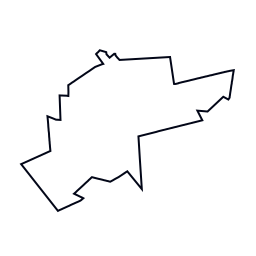 the district of Atil, Sonora, Mexico, rotated 87°
{"feature_id": "50627088B76785012932059", "entity_name": "Atil", "entity_type": "district", "adm_level": 2, "iso_a3": "MEX", "parent_name": "Mexico", "parent_adm1": "Sonora", "projection": "robinson", "projection_center": [-111.551, 30.829], "detail": "fine", "context": "isolated", "style": "outline", "palette": "ink", "viewbox_px": 256, "rotation_deg": 87, "n_neighbors": 0, "source": "geoboundaries", "source_scale": "gbopen_adm2", "svg_char_len": 2895}
<svg xmlns="http://www.w3.org/2000/svg" viewBox="0 0 256 256"><g transform="rotate(87 128 128)"><path d="M158.5,236.6L207.1,202.3L207.0,202.1L206.9,201.8L206.5,201.0L206.0,199.6L205.6,198.5L205.0,197.1L204.4,195.5L204.0,194.5L203.6,193.5L203.1,192.2L202.6,190.8L201.8,189.1L201.6,188.5L201.3,187.8L201.0,187.0L200.7,186.1L200.3,185.2L200.0,184.3L199.6,183.4L199.3,182.4L198.4,180.2L198.3,179.9L197.6,178.6L197.1,178.0L196.5,177.2L195.8,176.3L195.1,177.4L193.9,179.7L192.6,182.0L191.8,183.5L190.8,185.3L190.1,184.4L189.3,183.4L188.2,182.2L186.8,180.5L185.5,178.9L184.5,177.7L182.6,175.4L181.3,173.9L179.9,172.2L178.9,170.9L178.0,170.0L177.2,169.0L176.5,168.1L175.8,167.4L175.2,166.6L175.7,165.0L176.4,162.8L177.2,160.2L177.8,158.0L178.1,157.0L178.4,156.0L178.9,154.6L179.2,153.4L179.4,152.8L179.7,151.9L180.0,150.7L180.4,149.6L180.7,148.6L180.3,147.7L179.3,145.6L178.7,144.5L178.2,143.5L177.9,142.9L176.6,140.1L171.2,131.0L189.7,117.4L158.7,117.8L136.9,118.0L133.4,100.1L132.8,97.7L132.6,96.7L124.2,53.4L114.3,57.8L115.7,47.7L101.8,31.2L104.8,26.3L103.1,25.0L102.8,24.9L102.4,24.9L101.9,24.8L101.1,24.6L98.4,24.1L94.7,23.3L92.1,22.8L90.6,22.5L89.1,22.1L87.6,21.9L87.1,21.8L86.5,21.6L86.1,21.5L85.6,21.4L84.2,21.1L83.0,20.9L81.8,20.7L81.2,20.6L80.4,20.4L79.7,20.2L78.5,20.0L77.8,19.8L77.6,19.8L77.0,19.6L76.2,19.5L75.8,19.4L76.3,23.6L76.5,24.5L76.6,25.4L76.7,26.0L76.8,26.6L76.9,27.0L77.0,27.5L77.0,28.1L77.1,28.3L77.1,28.7L77.2,29.0L77.3,29.2L77.4,30.0L77.6,31.1L77.7,31.7L77.7,31.9L77.8,32.0L77.9,32.7L78.0,33.4L78.2,34.1L78.2,34.6L78.3,35.0L78.5,35.7L78.5,35.9L78.5,36.3L78.7,37.0L78.8,37.8L79.0,38.7L79.1,39.5L79.3,40.0L79.4,40.8L79.5,41.2L79.6,41.8L79.7,42.0L79.7,42.3L79.7,42.6L79.8,43.3L79.9,43.9L80.1,44.6L80.3,45.7L80.5,46.6L80.6,47.6L81.0,49.6L81.3,51.1L81.4,51.6L81.4,52.1L81.4,52.3L81.6,52.6L81.8,53.7L82.0,55.0L82.1,55.7L82.4,57.2L82.6,58.1L82.9,59.6L83.1,60.7L83.3,61.9L83.5,63.0L83.8,64.3L84.3,67.1L84.4,67.6L84.6,68.9L84.8,69.9L85.0,71.0L85.1,71.8L85.3,72.6L85.5,73.7L85.8,75.1L85.9,75.5L86.1,75.7L86.2,76.6L86.4,77.6L86.5,78.4L86.5,78.9L86.4,79.7L59.3,82.3L59.6,132.9L58.6,133.7L57.0,135.1L56.1,135.7L54.9,136.6L53.5,136.8L53.7,137.3L53.2,137.9L56.8,142.7L53.3,145.6L51.1,145.8L48.9,152.1L49.8,153.0L50.9,154.1L51.5,155.0L52.5,156.0L62.7,149.4L63.0,150.7L65.3,157.6L67.3,160.9L69.0,163.6L70.9,166.9L72.2,169.0L73.5,171.1L74.5,172.8L75.8,175.0L77.7,178.1L78.5,179.3L79.9,181.8L80.4,182.5L81.5,184.3L82.1,185.4L89.1,185.6L92.9,185.9L92.8,186.4L92.7,187.1L92.5,187.8L92.4,189.2L92.3,190.3L91.9,194.6L116.4,195.0L115.9,199.5L114.5,202.4L114.0,203.5L112.1,207.8L116.9,207.6L120.3,207.5L122.7,207.5L124.9,207.4L126.4,207.4L127.6,207.3L129.0,207.2L130.0,207.2L131.1,207.2L132.6,207.2L134.5,207.1L135.4,207.1L136.7,207.1L137.5,207.0L138.5,207.0L139.5,207.0L140.9,206.9L142.3,206.9L144.5,206.8L146.9,206.7L147.6,208.6L158.5,236.6Z" fill="none" stroke="#020617" stroke-width="2"/></g></svg>